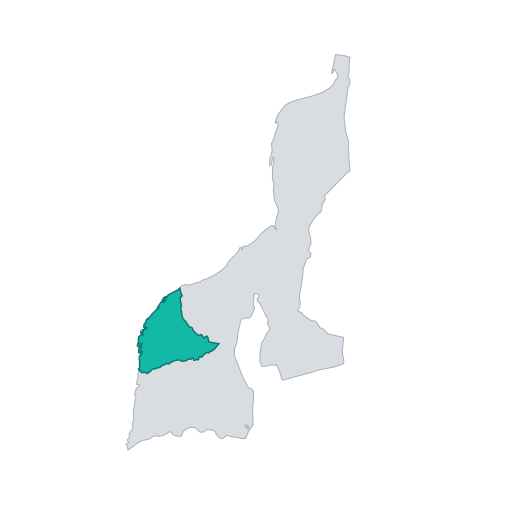 where Nampula sits in Mozambique, rotated 189°
{"feature_id": "MOZ-1200", "entity_name": "Nampula", "entity_type": "Province", "adm_level": 1, "iso_a3": "MOZ", "parent_name": "Mozambique", "parent_adm1": "", "projection": "equal_earth", "projection_center": [39.254, -15.162], "detail": "fine", "context": "in_parent", "style": "filled", "palette": "teal", "viewbox_px": 512, "rotation_deg": 189, "n_neighbors": 0, "source": "natural_earth", "source_scale": "10m", "svg_char_len": 9645}
<svg xmlns="http://www.w3.org/2000/svg" viewBox="0 0 512 512"><g transform="rotate(189 256 256)"><path d="M176.5,354.9L179.2,352.2L196.7,327.6L197.8,326.6L196.3,322.5L198.5,317.7L198.7,310.2L199.4,309.0L202.1,306.5L205.8,298.9L208.1,292.9L208.3,290.0L204.8,281.9L203.7,277.5L204.7,273.7L205.0,270.1L204.6,269.0L202.4,267.5L202.1,265.9L202.0,264.1L202.5,263.0L205.0,261.3L205.6,260.4L207.5,250.9L206.7,243.7L206.6,235.5L207.0,227.0L206.7,222.1L205.0,216.6L204.8,212.6L206.0,209.8L206.1,208.1L202.1,207.2L200.1,204.9L192.4,201.2L186.5,200.7L181.6,195.1L177.7,194.2L172.7,190.2L157.2,189.4L156.7,189.0L155.9,176.7L155.3,172.6L153.3,168.2L152.7,165.2L152.9,163.2L161.4,158.7L178.1,152.4L181.8,150.3L210.3,137.6L211.2,138.4L214.1,144.8L218.9,152.1L220.1,151.2L227.0,150.0L228.0,149.0L230.0,148.4L232.4,148.0L233.3,148.4L235.8,152.9L236.8,161.4L236.9,167.1L236.7,171.2L234.7,175.9L233.2,181.9L231.1,185.1L231.1,186.6L233.6,190.2L234.2,191.6L234.1,194.7L234.5,196.0L236.7,197.9L238.3,200.8L244.6,209.4L246.2,210.9L247.4,211.3L248.1,213.0L247.8,214.9L246.8,216.0L247.2,217.6L248.4,218.9L251.2,218.7L251.6,218.1L251.3,210.6L250.3,206.2L249.1,204.2L251.4,196.0L252.7,193.7L257.4,192.8L259.5,192.0L260.4,191.1L261.1,188.5L261.6,181.2L261.8,174.4L261.2,170.4L261.9,164.3L262.9,160.6L262.4,159.9L262.0,154.8L250.2,134.6L243.5,125.5L242.4,124.6L238.7,123.8L236.8,120.5L235.1,102.3L232.5,89.1L236.3,80.4L237.5,74.7L238.3,73.9L241.6,73.6L253.2,73.8L256.0,74.3L257.3,73.7L260.4,70.3L262.8,70.4L266.2,72.6L268.0,74.5L268.3,76.1L270.6,77.0L274.7,77.3L277.8,76.4L279.7,74.5L281.6,73.5L283.7,73.3L285.3,74.0L286.4,75.4L288.4,76.5L291.4,77.1L294.7,76.2L298.3,73.7L300.4,71.1L301.4,66.7L302.1,66.2L307.1,65.7L309.9,66.6L313.3,69.3L319.3,64.4L323.0,62.8L326.6,62.8L329.6,61.6L331.9,59.3L334.3,57.8L339.3,56.1L342.6,53.7L352.0,44.3L353.0,47.0L354.9,49.5L352.4,52.2L354.6,53.9L353.0,56.5L352.8,58.4L353.5,60.1L352.5,63.1L351.1,65.4L350.7,67.1L352.0,70.2L351.3,75.7L353.2,84.9L352.6,87.9L353.0,95.1L352.3,97.7L353.5,98.6L354.2,101.5L353.6,106.4L351.5,108.5L351.3,110.6L353.9,110.6L353.9,116.9L353.6,118.7L354.2,120.8L353.4,123.2L354.3,133.2L354.4,140.5L354.5,141.7L356.7,142.9L356.7,144.9L355.2,147.5L355.3,151.4L356.9,148.3L357.9,148.3L358.7,149.5L358.7,153.9L359.2,156.1L359.0,158.0L356.4,161.6L356.2,165.1L355.2,165.6L354.7,166.5L355.4,168.5L355.4,170.3L353.6,175.8L344.8,189.0L344.6,191.3L342.4,195.4L340.0,196.1L338.7,197.2L339.7,200.9L328.0,210.2L326.8,211.5L325.0,214.9L321.1,216.7L316.9,216.9L316.2,217.6L306.8,221.9L304.9,223.9L300.9,225.8L294.6,230.4L289.4,234.8L283.6,241.4L282.8,244.9L280.1,249.5L275.9,255.0L273.5,259.5L273.4,261.5L271.9,262.1L270.6,260.2L270.1,263.9L269.1,264.1L268.0,263.4L262.8,267.3L258.9,271.7L253.5,280.2L245.6,288.4L243.7,288.6L241.2,285.8L239.8,285.6L241.9,288.7L241.8,295.6L240.9,303.7L241.1,305.4L246.5,314.0L249.2,324.0L249.4,329.1L252.1,335.7L253.4,345.6L253.2,354.8L254.5,356.2L255.0,354.9L255.1,349.1L255.8,347.6L256.6,347.8L257.3,351.0L257.5,354.2L256.6,361.4L256.9,364.3L258.3,369.2L256.8,374.9L254.6,390.4L255.2,391.4L256.4,391.8L256.8,390.1L257.5,390.1L257.9,391.1L257.0,397.2L256.0,399.9L252.6,406.5L250.8,409.3L247.7,412.1L240.5,416.4L226.0,422.6L216.9,427.5L209.7,433.3L206.6,437.1L205.4,441.6L203.0,446.2L205.2,450.1L208.0,452.8L209.1,448.3L209.9,448.2L208.9,467.4L199.0,467.7L196.1,467.0L194.4,467.2L194.1,459.2L192.8,453.2L193.2,448.9L193.0,446.6L190.9,445.0L190.3,440.4L191.4,436.8L190.8,407.2L187.0,392.8L182.0,382.4L181.6,377.3L179.2,365.7L176.5,354.9ZM238.9,87.9L240.1,87.1L240.3,85.5L239.5,84.8L238.8,85.0L238.5,87.4L238.9,87.9ZM238.0,85.1L237.1,84.0L236.3,84.3L236.1,85.2L236.9,86.5L237.7,86.5L238.0,85.1Z" fill="#d9dde1" stroke="#a8b0b8" stroke-width="1"/><path d="M353.1,124.4L353.4,124.8L354.0,125.7L354.4,125.9L354.4,126.0L354.2,126.4L353.5,127.2L353.3,127.7L353.4,128.3L353.9,129.8L354.0,130.3L354.3,133.4L354.5,134.1L354.6,134.7L355.0,135.3L355.2,135.8L355.2,136.4L355.4,137.6L355.5,138.1L355.4,138.8L355.1,139.1L354.4,139.5L354.6,139.7L354.8,139.9L354.9,140.2L354.8,140.6L354.6,140.9L354.4,141.0L353.8,141.1L353.3,141.6L353.4,142.0L353.7,142.6L353.6,143.3L353.8,143.2L354.0,142.7L354.4,142.9L354.3,143.4L354.5,143.6L354.1,144.0L354.3,144.2L354.5,144.2L354.9,143.8L354.9,143.1L355.4,142.6L356.3,142.0L356.6,142.3L356.8,142.6L356.9,143.0L356.9,143.8L357.0,144.1L357.3,144.4L357.1,144.7L357.0,145.2L357.0,146.2L356.8,146.3L356.3,146.8L356.1,146.9L355.8,146.8L355.5,146.3L355.2,146.2L355.5,149.0L355.2,148.9L355.0,149.0L355.0,149.3L355.3,149.6L354.9,150.1L355.0,150.4L355.1,150.5L355.0,151.7L355.0,152.1L355.4,151.6L355.7,151.0L356.2,148.8L356.4,148.6L357.6,147.8L357.8,147.8L358.4,148.0L358.9,148.6L359.2,149.4L359.0,150.2L358.7,150.4L357.8,150.7L357.6,151.0L357.6,151.3L357.8,151.4L358.1,151.4L358.3,151.2L358.5,150.9L358.9,151.0L359.0,151.4L359.0,151.8L358.5,153.3L358.6,153.6L358.7,154.0L359.0,154.4L359.2,154.8L359.2,155.1L359.3,155.7L358.9,157.4L358.9,157.5L359.1,157.9L359.1,158.2L359.0,158.3L358.1,158.8L357.8,159.2L356.9,160.5L356.6,160.7L356.2,160.8L355.9,160.9L355.7,160.7L355.5,159.9L355.3,159.6L355.4,160.6L355.5,161.0L355.8,161.4L356.1,161.5L357.0,161.5L357.3,161.4L357.7,162.4L357.8,163.0L357.8,163.4L357.5,163.1L357.3,163.0L356.9,163.2L355.8,162.8L355.6,163.3L355.9,164.1L356.6,165.3L356.0,165.6L355.4,165.7L354.8,166.0L354.4,166.8L353.8,166.5L353.4,166.5L353.1,166.6L353.0,166.9L352.8,167.8L352.7,168.2L353.4,168.3L353.7,168.5L354.0,168.8L354.2,168.0L354.6,167.7L355.1,167.7L355.6,168.1L355.8,168.7L356.0,169.5L355.9,170.3L355.5,170.5L355.7,170.9L355.7,171.3L355.0,172.3L354.9,172.5L354.9,172.9L354.8,173.1L354.6,173.5L354.2,174.1L354.1,174.3L354.2,174.7L353.9,175.3L353.9,175.7L353.9,175.9L354.2,175.9L353.9,176.6L353.6,176.9L353.1,177.3L352.9,177.3L352.4,177.2L352.4,177.9L352.1,178.3L351.3,179.0L351.0,179.5L349.8,182.1L345.9,187.4L345.1,188.0L344.8,188.8L344.2,189.1L344.0,189.3L343.9,189.5L344.1,189.8L344.5,189.5L345.2,188.6L345.3,189.2L345.2,189.7L344.9,190.1L344.7,191.2L344.5,191.6L343.9,192.4L343.1,194.4L342.6,195.4L341.9,195.8L340.6,195.8L340.3,195.9L339.1,196.8L338.5,197.4L338.5,197.5L338.5,197.8L338.8,197.9L338.8,199.2L339.0,199.7L339.2,200.2L339.5,200.5L339.9,200.8L339.0,201.5L338.7,201.6L338.6,200.9L338.2,201.1L337.8,201.1L338.2,201.6L337.6,201.9L337.4,202.0L337.2,202.4L337.3,202.6L337.3,202.8L337.2,203.0L336.9,203.4L336.5,203.8L335.7,204.4L335.1,205.0L334.3,205.3L334.1,205.5L333.6,206.1L330.2,208.4L327.3,210.8L327.0,211.2L326.5,212.2L326.2,212.4L325.8,212.2L325.8,212.3L325.8,212.2L325.8,211.0L325.5,210.5L325.4,210.1L324.9,209.3L324.8,208.7L324.1,207.1L323.9,206.8L323.3,206.4L323.2,206.3L323.0,205.9L322.9,205.4L323.0,204.5L323.0,204.2L323.2,203.9L323.4,203.8L323.9,203.7L324.1,203.5L324.2,203.3L324.3,202.8L324.1,201.6L324.0,200.8L323.6,200.1L323.3,198.9L323.1,198.4L322.8,197.7L322.3,196.6L321.8,195.0L321.8,194.9L321.8,193.7L322.1,192.9L322.1,192.5L322.1,192.3L321.7,191.0L321.3,190.1L320.9,189.5L320.7,189.1L320.7,188.8L320.8,188.3L320.7,188.0L320.6,187.8L320.3,187.3L320.2,187.1L320.2,186.7L319.9,186.1L319.6,185.1L319.3,184.4L319.0,183.8L317.9,182.7L317.7,182.5L317.4,182.2L317.3,181.9L317.1,181.3L316.8,181.1L315.9,180.8L314.7,180.1L314.6,179.9L314.4,178.9L314.2,178.6L313.9,178.4L313.1,178.1L312.5,177.6L312.3,176.9L311.8,176.5L311.6,176.2L311.1,175.8L310.4,175.3L309.5,175.5L308.5,175.4L308.0,175.1L307.7,174.8L307.4,174.4L307.1,173.6L306.7,173.3L306.6,173.0L306.7,172.7L306.0,172.0L305.6,171.9L305.1,171.4L304.1,170.9L303.8,170.7L303.0,169.6L302.9,169.5L302.2,169.5L301.7,169.6L301.4,169.4L301.0,168.5L300.8,168.3L300.6,168.3L300.2,168.3L299.8,168.7L299.1,168.8L298.8,169.3L298.3,169.7L297.9,169.8L297.4,169.6L297.1,169.2L296.6,169.1L296.5,168.9L296.4,168.6L296.3,168.4L295.7,168.0L295.2,167.2L294.8,166.9L294.6,166.9L294.4,166.9L294.2,167.0L293.9,167.2L293.8,167.4L293.4,168.3L293.2,168.5L292.5,168.8L291.9,169.2L291.7,169.0L291.5,168.5L290.8,168.1L290.6,167.8L290.2,166.3L289.9,165.8L289.7,165.2L289.4,164.6L288.6,163.7L278.9,163.5L279.9,162.2L280.1,161.7L280.3,161.2L281.2,160.0L281.8,158.5L282.3,157.6L283.3,157.0L283.5,156.6L284.1,155.7L284.4,155.5L285.2,155.1L285.7,154.7L286.3,154.4L287.7,152.8L287.9,152.8L288.2,152.8L288.7,153.2L289.1,153.1L291.0,151.6L291.7,150.9L292.3,150.1L293.0,148.8L293.7,147.8L294.0,147.6L295.5,147.6L295.9,147.3L296.4,146.7L296.7,146.0L296.7,145.5L296.5,145.0L296.7,144.6L297.1,144.4L297.5,144.4L299.1,144.5L299.3,144.4L299.8,143.6L300.2,143.3L301.0,143.3L301.5,144.0L301.9,144.8L302.6,145.3L302.9,145.2L303.2,144.9L303.5,144.5L303.7,144.3L303.9,144.1L307.1,143.3L307.5,142.9L308.2,142.0L309.0,141.5L310.6,141.2L311.4,140.9L312.0,140.6L312.6,140.4L313.2,140.6L313.9,140.9L314.7,141.2L317.1,141.1L317.6,141.0L318.2,140.5L318.5,140.4L319.8,140.2L320.2,140.1L321.3,139.0L321.9,138.7L322.7,137.9L323.9,137.6L324.1,137.5L324.2,136.8L324.5,136.3L324.8,136.0L325.3,135.7L326.1,135.6L326.6,135.7L327.3,136.0L327.8,135.8L328.5,135.0L329.2,134.5L329.6,134.2L330.2,134.0L330.4,133.7L331.3,133.4L331.7,133.2L332.1,132.8L332.5,132.4L332.7,131.6L333.0,131.3L333.4,131.1L333.7,130.9L334.5,130.7L334.9,130.2L335.1,130.2L335.9,130.1L336.6,129.8L337.8,128.7L338.2,128.6L339.0,128.6L339.6,128.7L339.8,128.7L340.5,128.3L341.6,126.5L342.1,125.9L342.7,125.5L342.9,125.2L343.2,124.5L343.6,124.2L344.4,123.9L345.0,123.0L345.3,122.8L345.5,122.9L346.2,123.1L346.9,123.7L347.7,123.8L349.3,123.2L350.1,123.0L351.0,123.0L351.3,123.2L351.5,123.8L351.7,124.4L352.1,124.7L352.6,124.7L353.1,124.4ZM341.0,196.7L341.6,196.8L341.7,197.4L341.6,198.0L341.1,198.6L340.9,199.4L340.9,199.9L340.8,200.2L340.3,200.4L339.9,200.2L339.5,199.7L339.2,198.8L339.2,197.8L339.5,197.4L340.0,197.0L341.0,196.7Z" fill="#14b8a6" stroke="#0f766e" stroke-width="1.5"/></g></svg>